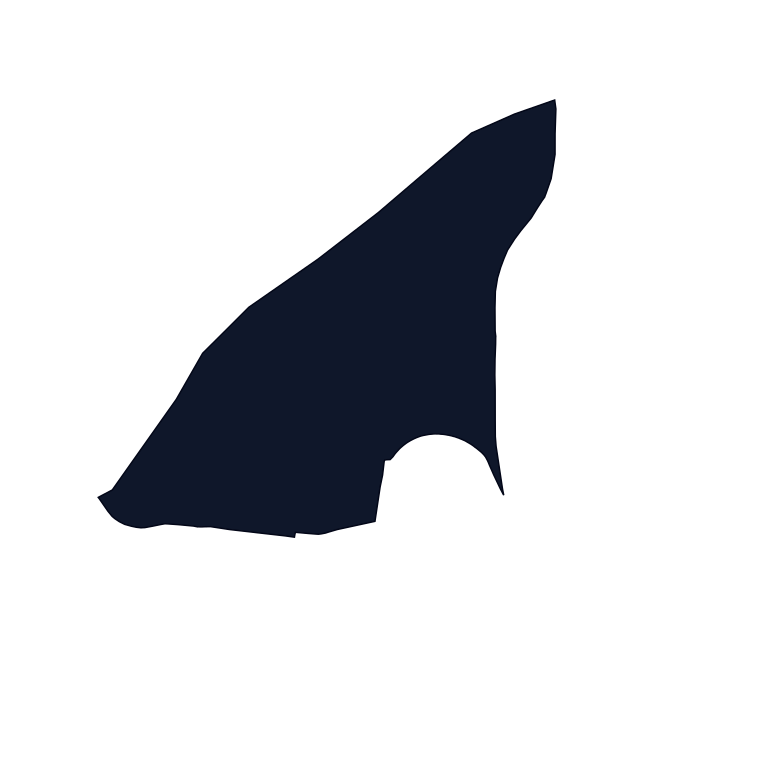 Bulaq, Al Qahirah, Egypt, rotated 56°
{"feature_id": "37247803B29547542469056", "entity_name": "Bulaq", "entity_type": "district", "adm_level": 2, "iso_a3": "EGY", "parent_name": "Egypt", "parent_adm1": "Al Qahirah", "projection": "natural_earth1", "projection_center": [31.238, 30.062], "detail": "fine", "context": "isolated", "style": "filled", "palette": "ink", "viewbox_px": 768, "rotation_deg": 56, "n_neighbors": 0, "source": "geoboundaries", "source_scale": "gbopen_adm2", "svg_char_len": 2292}
<svg xmlns="http://www.w3.org/2000/svg" viewBox="0 0 768 768"><g transform="rotate(56 384 384)"><path d="M543.1,346.9L537.4,344.5L498.3,325.9L489.8,321.1L475.8,311.8L463.9,303.8L450.8,295.0L438.4,287.0L425.4,278.0L413.4,269.2L409.2,266.3L407.9,265.4L407.0,264.7L402.3,262.3L382.9,249.4L369.5,239.9L359.6,230.6L352.5,222.0L347.0,214.3L342.0,206.6L336.8,194.5L333.4,184.8L328.7,169.2L323.8,158.4L320.4,150.4L318.9,146.3L317.8,144.9L316.8,143.4L307.3,130.7L289.3,113.8L272.0,102.1L252.1,87.7L244.0,83.7L233.2,124.8L224.9,171.1L228.9,206.7L232.4,237.6L238.7,292.8L243.6,368.9L244.4,425.7L244.8,453.1L252.4,492.4L257.1,517.1L280.6,564.8L286.2,579.6L308.6,638.7L319.9,668.5L318.2,684.3L318.8,684.3L319.5,684.2L335.1,684.0L341.7,683.4L343.5,682.9L345.2,682.4L350.1,680.4L355.3,677.5L359.4,674.0L360.0,673.5L360.6,673.0L364.3,669.4L367.3,665.9L368.3,664.2L369.3,662.6L372.3,655.7L375.7,647.5L377.4,643.7L379.2,641.3L385.7,633.0L395.2,621.4L398.1,618.5L399.1,617.0L400.2,615.5L401.8,612.9L402.4,611.9L403.8,609.8L405.2,607.6L418.3,593.4L433.5,575.6L434.7,574.2L435.5,573.3L454.6,550.9L460.9,543.9L459.1,542.2L457.4,540.4L465.6,530.3L469.9,524.9L471.9,522.3L473.2,519.7L474.9,515.7L475.6,513.2L476.4,510.7L478.5,504.1L492.8,468.3L467.2,444.8L458.7,436.1L448.2,427.1L447.5,426.0L447.9,424.8L448.9,423.1L450.1,421.2L449.3,417.3L448.7,415.7L448.1,414.1L447.9,413.4L447.6,412.4L447.2,410.8L446.8,409.1L446.4,407.5L446.1,405.7L445.9,404.0L445.7,402.3L445.6,400.5L445.5,398.8L445.5,397.1L445.6,395.3L445.7,393.6L445.9,391.9L446.1,390.2L446.4,388.4L446.7,386.8L447.1,385.1L447.5,383.4L448.0,381.8L448.6,380.2L450.9,374.9L453.2,370.7L453.8,369.7L454.5,368.7L455.1,367.8L455.8,366.8L456.5,365.9L457.3,365.0L458.0,364.1L458.7,363.2L459.5,362.3L460.3,361.4L461.1,360.6L461.9,359.8L462.7,358.9L463.6,358.1L464.4,357.3L465.3,356.5L466.2,355.8L467.0,355.0L467.9,354.3L468.9,353.6L469.8,352.9L470.7,352.2L471.7,351.6L472.6,351.0L473.6,350.3L474.6,349.7L475.5,349.1L476.5,348.5L477.5,348.0L478.6,347.5L479.6,347.0L480.6,346.5L481.7,346.0L482.7,345.5L483.8,345.1L484.8,344.7L485.9,344.3L487.0,344.0L488.0,343.6L489.4,343.1L495.2,341.4L498.5,340.8L501.4,340.6L505.4,341.0L507.7,341.4L510.0,341.9L520.5,343.8L528.4,345.0L535.6,346.1L541.8,346.8L543.1,346.9Z" fill="#0f172a" stroke="#020617" stroke-width="1.5"/></g></svg>